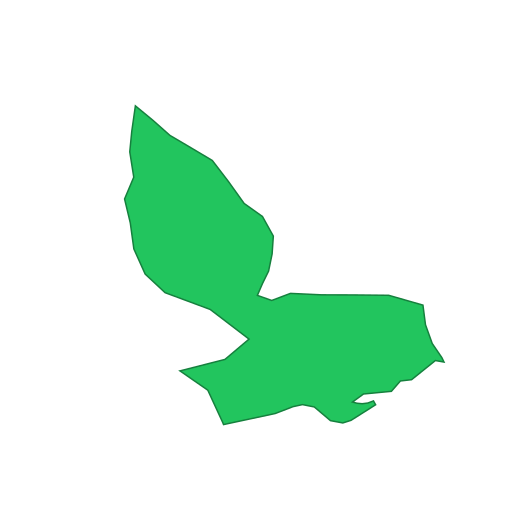 SVG path tracing the border of Hato Mayor, rotated 151°
{"feature_id": "DOM-1980", "entity_name": "Hato Mayor", "entity_type": "Province", "adm_level": 1, "iso_a3": "DOM", "parent_name": "Dominican Republic", "parent_adm1": "", "projection": "natural_earth1", "projection_center": [-69.407, 18.817], "detail": "fine", "context": "isolated", "style": "filled", "palette": "green", "viewbox_px": 512, "rotation_deg": 151, "n_neighbors": 0, "source": "natural_earth", "source_scale": "10m", "svg_char_len": 848}
<svg xmlns="http://www.w3.org/2000/svg" viewBox="0 0 512 512"><g transform="rotate(151 256 256)"><path d="M143.0,72.1L149.8,77.6L179.9,72.4L190.3,76.7L203.2,72.0L228.9,83.2L242.4,81.5L239.1,78.3L234.7,75.3L229.5,73.2L223.5,72.3L223.5,67.9L252.6,66.2L261.0,67.9L270.7,75.9L278.2,95.7L287.4,103.5L296.7,106.3L315.5,108.9L366.1,124.3L365.8,126.6L365.8,126.8L363.2,162.0L378.2,192.4L333.3,180.6L302.4,186.7L322.0,231.5L353.3,268.0L361.7,293.9L359.4,321.4L349.9,345.9L343.3,369.6L324.7,384.2L315.9,408.3L304.2,425.3L288.7,445.8L280.4,424.7L272.8,403.2L260.3,382.0L247.9,360.7L244.0,334.5L240.9,307.7L231.2,287.4L231.2,265.0L240.9,250.0L252.3,236.7L263.5,228.9L273.9,220.9L263.8,209.5L244.0,206.6L217.4,190.2L190.0,174.9L159.0,157.3L133.8,132.1L141.1,113.7L144.3,94.0L142.7,76.9L143.0,72.1Z" fill="#22c55e" stroke="#15803d" stroke-width="1.5"/></g></svg>